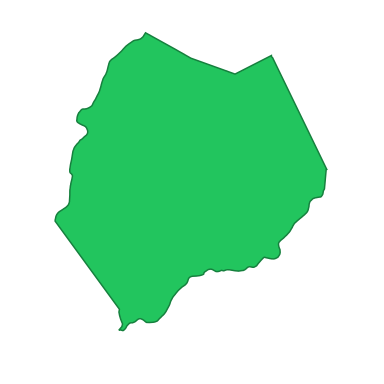 the district of Dacretin, Choiseul, Saint Lucia, rotated 10°
{"feature_id": "8701671B29376048072153", "entity_name": "Dacretin", "entity_type": "district", "adm_level": 2, "iso_a3": "LCA", "parent_name": "Saint Lucia", "parent_adm1": "Choiseul", "projection": "mercator", "projection_center": [-61.036, 13.796], "detail": "fine", "context": "isolated", "style": "filled", "palette": "green", "viewbox_px": 384, "rotation_deg": 10, "n_neighbors": 0, "source": "geoboundaries", "source_scale": "gbopen_adm2", "svg_char_len": 5934}
<svg xmlns="http://www.w3.org/2000/svg" viewBox="0 0 384 384"><g transform="rotate(10 192 192)"><path d="M248.0,45.7L246.7,44.9L246.7,44.6L246.5,43.8L213.9,68.4L167.6,60.4L150.6,54.3L118.6,43.3L117.0,47.2L116.9,47.5L116.5,48.1L115.5,49.3L115.0,49.9L114.5,50.3L113.9,50.7L113.6,50.8L112.5,51.4L111.2,51.9L110.5,52.1L109.2,52.6L108.8,52.8L108.2,53.2L107.7,53.6L105.8,55.5L105.2,56.1L104.6,56.6L102.6,58.8L101.7,59.8L100.9,61.0L99.4,63.3L98.5,64.9L97.9,65.8L94.4,70.5L92.6,72.6L91.3,74.0L90.1,75.1L89.7,75.6L89.1,76.4L88.7,77.0L88.4,77.6L88.1,78.4L88.1,78.8L87.8,80.4L87.8,80.7L87.8,81.4L87.7,82.1L87.7,82.9L87.6,83.1L87.6,84.1L87.5,84.8L87.5,85.5L87.3,87.9L87.2,88.6L86.9,89.8L86.8,90.5L86.6,91.3L86.3,92.0L85.3,94.4L84.8,95.9L84.6,97.5L84.4,98.8L84.3,99.6L84.0,102.4L84.0,103.1L83.9,104.3L83.8,105.2L83.7,105.7L83.4,108.6L83.2,109.4L82.8,111.0L82.2,112.8L81.9,113.7L81.6,114.8L81.4,115.4L81.3,115.7L81.0,117.0L80.8,117.4L80.7,117.8L79.9,119.6L79.8,119.9L79.4,121.0L78.9,122.9L78.5,124.3L78.3,124.6L78.1,124.8L77.3,125.7L75.9,126.9L74.9,127.6L73.5,128.4L72.8,128.6L72.1,128.9L70.4,129.2L69.7,129.4L69.4,129.6L69.2,129.8L68.5,130.6L68.2,131.1L68.1,131.3L67.4,132.7L66.8,133.5L66.6,134.2L66.3,135.2L66.0,136.8L66.0,137.2L65.9,137.9L65.9,138.6L66.0,139.7L66.1,141.0L66.1,141.7L66.3,142.1L66.5,142.5L66.7,142.8L67.0,143.0L67.7,143.5L69.0,144.0L69.3,144.2L69.7,144.3L70.7,144.6L71.9,145.0L73.6,145.4L74.2,145.5L75.5,146.0L75.8,146.2L76.1,146.3L76.3,146.6L77.0,147.2L77.1,147.4L77.4,147.8L77.8,148.5L78.3,149.2L78.4,149.5L78.6,149.9L78.7,150.2L78.9,151.2L78.9,151.7L78.9,152.6L78.8,152.8L78.5,153.4L78.3,154.1L77.9,154.6L77.4,155.2L76.9,155.7L75.8,157.1L75.1,158.2L74.8,158.6L74.3,159.1L73.8,159.6L72.8,160.4L72.0,162.3L71.3,163.6L70.8,164.1L70.5,164.6L69.1,167.2L68.5,168.5L68.2,169.6L68.1,170.5L67.9,171.4L67.7,172.4L67.7,174.7L67.8,179.9L67.8,181.0L67.7,183.4L67.6,185.4L67.6,186.4L67.7,189.5L67.7,191.0L68.1,193.0L68.4,193.8L68.8,194.3L70.3,195.2L71.3,196.4L71.5,197.2L71.5,200.5L71.4,201.7L71.2,204.6L71.3,205.7L71.2,207.0L71.3,208.5L71.4,209.9L71.4,211.1L71.7,213.2L72.2,216.0L72.8,221.3L73.0,222.8L72.9,224.1L72.8,224.6L72.5,225.9L72.2,226.6L70.9,228.5L70.0,229.5L68.9,230.5L67.6,231.8L66.7,232.6L66.2,233.1L64.7,234.4L63.6,235.9L62.7,237.8L62.3,239.4L62.2,240.5L62.2,241.8L62.1,243.4L62.3,244.5L140.9,320.1L140.9,322.9L142.1,326.1L143.8,329.6L145.3,332.0L146.5,334.0L146.3,336.8L144.6,339.7L144.2,340.3L144.5,340.7L144.8,340.6L145.2,340.4L145.7,340.3L146.1,340.3L146.7,340.4L147.6,340.5L148.0,340.5L148.4,340.3L148.7,340.1L149.1,339.5L150.0,338.3L150.2,337.9L150.5,337.2L151.1,335.3L151.3,334.8L151.7,334.3L152.4,333.2L153.1,332.3L153.4,332.1L154.0,331.6L154.4,331.5L154.7,331.4L155.9,331.2L156.2,331.1L156.7,330.8L157.8,330.1L158.1,329.9L159.0,329.1L159.2,328.8L159.6,328.2L160.8,326.9L161.4,326.3L162.1,326.0L162.8,325.8L163.5,325.7L164.0,325.8L165.6,326.2L167.0,326.8L167.3,327.0L168.3,327.6L169.2,328.1L169.6,328.2L169.9,328.3L170.3,328.3L172.8,327.9L173.7,327.7L176.0,327.1L177.0,326.8L178.0,326.4L178.7,326.0L179.9,325.3L180.1,325.1L180.4,324.8L180.6,324.5L182.0,322.2L182.2,321.9L182.7,321.4L182.9,321.1L184.0,319.4L184.7,318.6L185.8,317.0L186.5,315.6L187.1,314.3L187.7,312.4L188.6,309.7L189.1,308.2L189.3,307.5L189.5,306.8L189.6,305.9L189.7,305.5L189.8,304.5L190.0,303.3L190.3,302.2L190.7,301.1L191.2,299.4L191.7,298.3L191.9,297.9L192.3,297.2L193.0,296.0L194.1,293.9L194.7,292.9L195.3,291.8L195.7,291.2L195.9,290.9L197.3,289.1L198.8,287.2L200.7,285.4L201.2,284.9L201.7,284.3L202.3,283.3L202.7,282.7L202.8,282.3L203.2,281.0L203.4,279.6L203.5,278.8L203.6,278.1L203.7,277.7L203.9,277.4L204.0,277.1L204.2,276.9L204.9,276.0L205.3,275.8L205.9,275.4L207.0,274.9L208.3,274.6L208.7,274.5L210.9,274.0L214.1,273.0L215.6,272.3L216.7,271.7L217.0,271.5L217.6,271.0L217.8,270.7L217.8,270.0L217.9,269.3L218.2,268.8L218.7,268.2L219.5,267.5L220.5,266.4L221.4,265.6L221.8,265.4L222.1,265.3L223.3,264.8L224.7,264.7L225.1,264.7L225.8,264.9L226.5,265.1L229.2,266.1L229.6,266.1L230.0,266.1L230.7,266.0L231.4,265.8L232.0,265.6L232.8,265.2L234.2,264.3L234.5,264.1L234.8,264.0L235.1,264.0L235.8,264.1L236.9,264.1L237.2,264.0L237.8,263.6L238.8,263.0L239.7,262.6L240.4,262.4L241.1,262.3L242.2,262.1L244.0,262.1L247.8,262.1L251.6,261.8L255.1,260.6L255.8,260.5L256.2,260.3L257.1,259.7L257.4,259.5L257.6,259.3L257.9,259.0L258.8,258.0L259.2,257.4L259.4,257.1L260.2,256.3L260.5,256.1L260.8,255.9L261.5,255.6L261.8,255.5L262.6,255.5L263.3,255.6L263.6,255.5L264.3,255.6L265.4,255.5L265.8,255.4L266.1,255.3L268.4,253.5L269.6,251.0L270.5,249.5L271.1,248.5L271.8,247.3L272.8,245.8L273.0,245.5L273.7,244.5L274.2,244.0L274.4,243.8L274.8,243.7L275.1,243.7L275.5,243.7L276.4,243.9L277.6,243.8L277.9,243.9L278.7,243.9L279.4,243.9L279.8,244.0L280.6,244.0L281.3,244.0L282.0,244.0L282.6,243.9L283.6,243.8L284.0,243.7L284.7,243.5L285.9,242.9L286.8,242.2L287.7,241.5L287.9,241.3L288.1,241.0L289.1,238.6L289.2,238.3L289.3,237.6L289.3,236.2L288.7,233.7L288.6,233.4L288.0,232.5L287.6,231.9L286.8,230.3L286.7,229.9L286.2,228.3L286.2,228.0L286.2,227.3L286.2,227.0L286.4,226.4L287.5,224.6L288.1,223.8L290.2,221.4L290.4,221.1L291.7,219.2L292.5,218.3L293.1,217.3L293.3,217.0L293.5,216.7L293.7,216.3L294.7,214.8L295.4,213.4L296.2,211.1L296.5,210.4L296.9,209.4L297.1,208.3L297.5,207.3L298.3,205.2L298.5,204.9L299.7,203.4L300.9,201.8L302.1,200.4L302.7,199.6L303.0,199.3L304.6,197.5L305.0,196.9L306.3,195.4L306.8,194.8L307.4,193.9L308.3,192.7L308.7,192.0L309.1,191.0L309.4,189.9L309.5,189.2L309.6,187.2L309.7,186.2L309.6,185.1L309.5,184.1L309.5,183.3L309.7,181.9L309.8,181.2L309.9,180.8L310.1,180.5L311.0,179.3L311.6,178.4L311.8,178.1L312.0,177.8L312.5,177.4L314.2,176.4L315.6,175.9L316.3,175.6L316.7,175.5L317.4,175.2L318.1,175.0L318.8,174.7L319.2,174.7L319.5,174.5L319.8,174.3L320.1,174.1L320.4,173.4L320.9,172.3L321.2,171.3L321.2,170.9L321.2,169.9L321.2,168.2L321.3,167.7L321.9,166.0L320.2,146.1L320.6,146.1L248.0,45.7Z" fill="#22c55e" stroke="#15803d" stroke-width="1.5"/></g></svg>